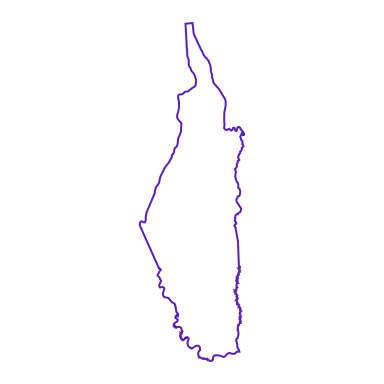 the district of Olaya Herrera (Bocas De Satinga), Nariño, Colombia
{"feature_id": "7082276B29400931083820", "entity_name": "Olaya Herrera (Bocas De Satinga)", "entity_type": "district", "adm_level": 2, "iso_a3": "COL", "parent_name": "Colombia", "parent_adm1": "Nariño", "projection": "natural_earth1", "projection_center": [-78.261, 2.338], "detail": "fine", "context": "isolated", "style": "outline", "palette": "violet", "viewbox_px": 384, "rotation_deg": 0, "n_neighbors": 0, "source": "geoboundaries", "source_scale": "gbopen_adm2", "svg_char_len": 6048}
<svg xmlns="http://www.w3.org/2000/svg" viewBox="0 0 384 384"><path d="M239.4,351.7L238.9,349.8L238.1,348.7L237.9,347.8L237.3,347.0L237.2,343.9L236.7,343.0L236.8,342.2L236.2,340.8L236.4,340.1L236.2,339.5L236.7,338.6L237.5,338.4L238.4,335.0L238.3,333.9L238.5,333.5L238.3,331.5L238.0,330.5L237.4,329.8L238.0,328.7L237.8,327.8L237.9,325.6L238.3,325.6L238.4,325.2L238.7,325.2L238.7,324.6L239.0,324.6L239.2,323.8L239.9,323.4L239.8,322.4L240.4,322.6L240.2,322.0L240.6,321.9L240.6,321.3L240.8,321.2L239.5,319.4L239.9,318.4L239.6,318.5L239.6,317.8L239.9,318.0L239.8,317.6L240.3,317.6L239.9,316.9L240.3,316.0L240.5,316.0L240.3,315.7L240.5,315.2L239.9,314.5L239.8,314.1L240.0,313.9L239.7,313.4L240.1,313.0L239.9,312.5L240.3,311.5L240.5,311.5L240.2,310.4L240.6,310.4L240.3,310.1L240.4,308.6L240.0,308.6L240.0,307.7L238.9,307.2L239.1,306.9L238.9,306.8L238.8,306.2L239.0,306.0L238.8,305.7L238.6,306.0L238.6,305.1L238.2,304.7L238.6,304.4L238.0,304.1L237.7,303.4L237.3,303.7L237.4,303.1L236.9,302.9L237.2,302.0L236.7,301.3L236.7,300.3L237.3,299.3L236.7,299.5L237.1,299.0L237.0,298.1L236.8,298.0L237.1,297.4L236.7,297.0L236.5,296.4L236.9,296.2L236.8,295.8L237.3,295.3L236.3,294.4L236.3,293.9L236.1,293.5L235.7,293.4L235.5,292.2L235.2,292.6L235.1,291.9L234.6,291.7L235.0,291.2L234.8,290.8L235.5,291.1L235.6,290.6L236.1,291.1L235.9,290.6L236.2,290.6L236.5,288.7L236.4,288.2L236.8,288.2L236.9,287.5L237.2,287.4L236.7,286.8L236.5,285.6L236.7,285.4L236.6,285.0L236.8,283.4L237.0,283.0L237.4,283.0L236.9,282.6L236.5,281.5L237.0,281.6L236.9,280.8L237.2,280.7L236.7,280.2L237.1,279.9L237.5,280.2L237.3,279.0L237.5,278.8L237.0,278.7L237.3,278.1L236.7,278.2L236.9,277.6L236.8,277.3L237.3,277.3L237.7,276.7L237.5,276.0L237.9,276.0L237.7,275.3L238.2,274.9L238.2,274.3L238.9,274.4L238.5,273.1L239.0,272.5L239.1,271.4L239.6,271.5L239.3,270.8L239.4,270.2L239.7,270.2L239.0,269.3L239.5,269.5L239.4,269.0L239.8,268.0L239.5,267.5L239.6,267.0L239.9,266.8L239.2,266.1L239.4,265.5L238.9,266.2L238.0,241.5L235.8,229.2L235.5,228.7L235.7,227.9L234.4,225.6L234.7,224.8L236.0,223.9L236.3,223.2L235.8,222.5L236.0,222.2L235.0,221.2L234.7,220.2L235.4,218.7L234.9,217.7L235.4,217.0L235.3,216.3L235.8,214.9L236.5,214.3L237.8,214.3L238.1,213.2L239.1,212.8L240.4,211.8L241.2,208.8L240.2,206.8L239.3,206.2L239.0,205.0L237.1,202.6L236.5,200.9L236.4,199.7L236.6,198.9L237.4,198.1L237.6,196.5L238.0,196.2L239.2,196.1L239.7,195.3L240.3,191.7L239.5,188.8L238.2,187.6L238.4,185.8L237.9,183.0L236.9,182.1L235.6,178.3L235.7,177.5L235.1,176.6L235.9,172.4L235.6,170.7L234.8,169.1L235.9,168.1L236.6,167.0L237.0,165.8L236.7,165.1L236.8,163.9L237.7,162.7L237.7,161.1L239.3,159.9L238.1,157.7L238.3,156.1L239.1,154.8L239.3,153.8L240.2,152.9L240.1,151.8L240.9,151.2L241.6,149.8L241.9,149.1L241.7,148.0L243.2,146.9L243.5,146.3L243.1,145.2L242.2,144.1L242.6,143.1L242.6,141.4L241.2,139.9L241.0,138.6L240.3,137.3L240.3,136.5L241.2,135.0L241.7,133.3L242.2,133.6L242.6,134.8L243.0,135.2L244.0,134.8L244.2,133.8L242.7,131.4L240.8,129.7L240.5,128.4L240.0,127.7L238.9,127.0L238.0,127.1L237.5,127.5L236.9,130.2L236.3,131.0L235.5,130.7L234.5,128.2L234.1,127.7L233.0,128.0L232.5,129.6L231.5,130.5L231.0,130.4L229.1,128.8L227.0,129.9L225.5,129.8L224.1,128.1L224.5,124.4L224.2,121.7L224.3,112.9L225.7,105.2L225.7,101.5L225.1,99.2L218.9,89.0L213.4,82.7L213.1,80.3L212.1,77.6L212.0,74.5L210.9,71.4L210.7,67.4L210.0,64.6L208.6,61.0L206.5,58.2L204.9,56.7L203.5,54.7L202.1,51.1L201.2,49.9L194.0,34.5L193.6,32.7L192.5,23.0L185.5,23.8L186.8,47.8L187.2,50.2L187.2,54.7L187.4,56.4L188.3,58.4L188.7,60.4L188.8,65.1L189.5,66.9L190.6,68.1L191.1,70.4L193.9,73.7L194.7,75.3L195.1,77.0L196.0,79.6L195.8,84.8L195.0,86.3L192.3,88.0L188.2,91.3L185.2,91.7L182.6,94.0L181.5,94.4L179.4,94.4L178.3,95.3L178.1,98.1L179.0,101.8L179.1,107.1L178.4,110.9L177.2,115.0L177.1,117.4L178.2,119.7L181.1,123.0L181.3,123.6L181.3,126.0L180.9,131.4L180.3,133.7L178.3,138.1L177.8,140.6L177.8,142.7L177.2,145.6L176.1,147.2L175.0,147.9L174.4,149.1L174.0,152.2L173.5,152.9L173.4,153.9L172.3,154.4L171.9,155.4L171.7,157.0L170.8,159.1L168.7,162.7L164.9,167.5L160.4,176.6L158.8,183.4L156.0,187.2L155.1,190.1L154.9,192.7L146.6,212.4L145.7,217.1L145.8,219.6L145.6,220.6L144.7,222.4L143.7,222.4L142.0,221.4L141.0,221.5L139.9,222.8L139.8,225.4L158.9,268.2L159.2,268.0L159.6,268.7L160.7,269.3L160.7,269.8L159.2,271.8L158.7,273.3L157.7,274.5L157.6,275.7L159.3,277.3L161.1,281.0L159.3,284.8L159.2,285.9L159.6,287.0L160.0,287.5L162.4,286.9L164.1,287.8L164.2,288.9L163.0,293.3L163.2,295.7L164.2,297.0L168.6,298.1L171.7,302.0L174.5,303.7L175.2,304.9L175.1,306.1L175.8,307.0L175.7,307.9L176.3,311.7L177.3,313.1L178.0,313.6L178.2,314.7L177.8,316.4L177.0,316.2L176.7,315.2L175.8,316.1L175.3,317.6L175.5,318.0L176.9,318.8L177.6,319.5L177.4,320.0L177.6,320.5L177.3,321.4L174.2,323.4L173.6,324.4L173.6,325.7L173.9,326.4L175.4,327.6L175.7,327.5L175.5,326.5L176.2,327.3L176.4,326.9L177.1,327.3L178.2,326.9L179.7,326.9L181.3,328.1L181.4,329.2L182.4,331.2L181.9,331.4L182.0,332.4L181.4,332.6L181.7,333.0L181.6,333.5L180.8,333.1L181.1,333.9L180.3,334.0L180.8,335.6L180.3,335.5L180.1,336.3L180.5,336.6L180.9,336.0L181.1,336.2L180.7,337.3L180.8,338.6L181.5,338.7L181.7,339.1L182.1,339.1L182.3,339.8L182.7,339.3L183.7,340.0L184.9,338.8L185.1,338.0L185.6,338.0L186.0,337.4L186.5,337.8L187.2,337.3L187.4,337.9L187.8,337.8L188.1,338.3L188.6,338.4L188.5,340.0L187.8,341.4L187.4,342.8L187.8,344.3L187.8,345.3L188.1,345.9L189.1,347.0L189.9,347.7L190.5,347.7L190.9,348.2L191.4,348.1L191.8,348.5L192.2,348.4L194.8,346.5L196.4,345.7L198.3,345.8L199.3,346.4L200.0,348.1L200.0,350.2L199.3,350.6L198.3,352.3L198.2,353.0L198.4,355.8L199.0,356.5L198.9,357.4L199.5,357.5L200.2,357.3L202.4,358.7L203.6,359.0L203.7,358.3L206.3,359.4L207.1,358.8L207.7,359.9L207.9,359.7L207.9,358.9L208.4,360.0L209.5,360.8L211.0,361.0L211.4,360.6L212.1,360.7L213.1,359.3L213.0,358.1L213.4,356.6L214.0,355.9L214.7,355.5L216.3,355.2L219.8,355.6L223.5,356.9L224.2,356.9L225.4,356.0L226.9,354.1L229.4,352.9L232.2,353.8L233.9,353.9L235.2,353.3L235.8,352.5L237.2,351.6L239.4,351.7Z" fill="none" stroke="#5b21b6" stroke-width="2"/></svg>